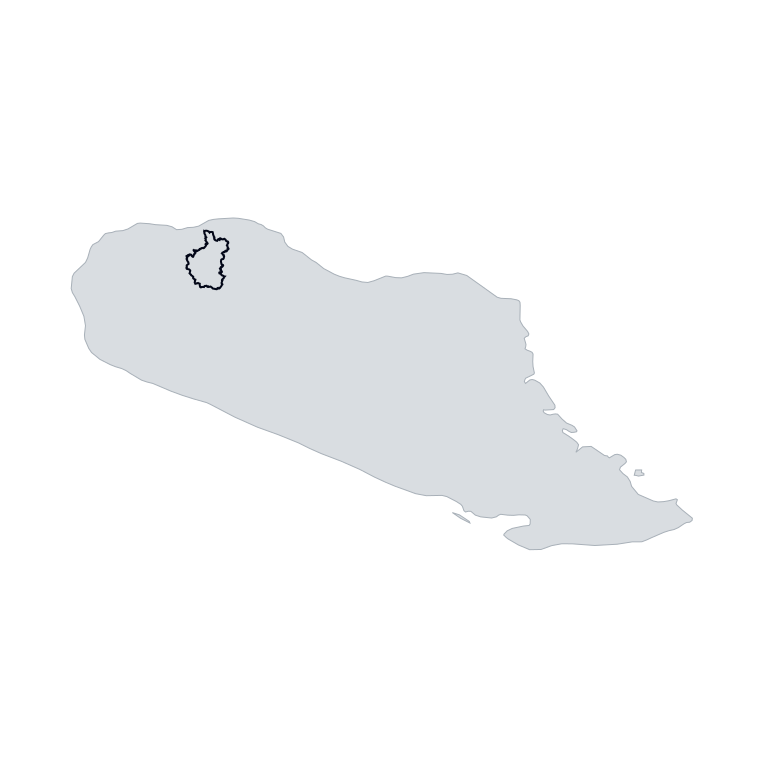 Sakaraha, Atsimo-Andrefana, Madagascar (highlighted), rotated 97°
{"feature_id": "10022922B49716742274905", "entity_name": "Sakaraha", "entity_type": "district", "adm_level": 2, "iso_a3": "MDG", "parent_name": "Madagascar", "parent_adm1": "Atsimo-Andrefana", "projection": "natural_earth1", "projection_center": [44.417, -22.83], "detail": "fine", "context": "in_parent", "style": "outline", "palette": "ink", "viewbox_px": 768, "rotation_deg": 97, "n_neighbors": 0, "source": "geoboundaries", "source_scale": "gbopen_adm2", "svg_char_len": 9018}
<svg xmlns="http://www.w3.org/2000/svg" viewBox="0 0 768 768"><g transform="rotate(97 384 384)"><path d="M493.1,78.4L494.9,83.4L497.1,88.1L503.9,99.7L506.7,104.2L509.2,108.9L510.4,118.3L514.6,133.0L518.6,155.1L519.7,177.7L520.9,188.1L524.0,197.9L529.1,208.0L530.7,219.3L527.4,230.9L522.7,241.9L521.5,243.9L519.4,246.7L518.4,246.6L514.7,243.8L511.7,239.1L508.0,228.3L506.7,222.7L505.1,221.9L500.6,222.3L497.4,225.8L496.8,227.9L497.4,234.1L498.6,239.6L499.1,245.2L499.1,252.3L500.3,254.4L502.1,256.2L503.9,260.8L504.1,271.8L503.0,277.4L499.8,282.2L500.0,284.8L501.1,287.5L500.0,289.2L495.8,291.3L494.1,293.1L491.8,297.9L488.1,307.9L487.5,312.9L489.7,328.4L489.0,339.3L484.2,360.2L481.4,370.2L477.6,382.0L471.7,397.7L465.8,417.3L460.8,437.5L457.1,449.7L452.9,461.6L447.2,482.8L442.3,504.3L435.1,527.9L425.2,554.3L424.1,557.7L422.0,571.2L419.8,582.9L417.1,594.5L411.6,613.6L410.9,619.5L409.7,625.2L404.4,637.2L402.1,641.7L400.6,646.4L399.6,652.4L398.1,658.2L394.2,668.9L388.4,678.1L384.6,681.4L376.2,686.3L371.9,687.3L362.5,687.4L353.4,690.1L343.9,695.5L334.8,701.6L331.3,704.4L327.4,706.1L315.4,706.4L311.8,705.1L299.7,695.1L295.0,693.5L286.2,692.1L283.5,691.2L281.1,689.9L277.5,684.7L270.4,680.3L268.7,678.9L267.6,675.9L266.8,672.6L265.0,668.9L263.6,661.9L261.3,657.0L254.7,648.4L254.0,645.6L253.5,636.4L253.7,630.2L253.0,618.8L253.8,613.5L256.1,608.7L255.1,603.5L252.7,598.0L251.7,592.3L249.9,587.2L243.0,577.9L241.4,573.3L240.3,568.6L237.6,553.8L237.3,548.7L237.7,537.8L238.6,532.2L240.3,528.3L240.7,525.4L241.8,522.9L243.4,520.9L244.5,518.5L247.1,504.7L250.3,501.6L255.2,499.8L259.1,496.2L261.3,491.3L263.5,481.2L269.6,471.2L271.8,465.9L276.8,457.9L281.1,446.7L282.5,441.4L283.4,436.0L284.5,424.2L285.4,418.3L285.2,412.4L282.7,406.4L276.7,395.5L276.5,393.5L277.0,385.4L276.5,379.5L274.3,373.7L271.4,368.2L268.6,357.9L267.3,340.9L267.6,334.8L266.7,329.4L264.7,324.2L266.2,315.1L284.1,282.2L284.7,278.3L283.9,268.3L284.3,262.4L284.9,260.3L286.3,259.0L289.4,258.4L303.9,256.9L305.8,255.9L309.4,253.2L314.4,247.8L316.7,246.3L318.6,246.8L319.9,249.1L321.5,250.4L327.4,247.9L329.6,247.9L331.9,248.3L333.0,246.0L333.7,243.0L334.5,240.9L336.1,239.7L343.6,239.1L348.5,238.2L354.7,236.1L356.0,236.5L361.0,244.1L362.6,244.7L364.5,245.0L366.2,243.6L362.2,239.7L361.5,237.5L361.8,234.9L364.0,229.5L367.6,225.4L375.8,219.1L384.2,211.8L386.7,211.3L388.7,212.5L390.3,221.1L390.1,222.5L391.5,222.7L393.0,221.6L394.4,218.1L394.5,215.3L393.4,212.5L392.8,210.2L392.8,208.0L397.1,203.0L400.5,198.1L402.1,192.4L403.4,189.7L407.0,186.7L408.0,187.2L408.8,189.6L409.3,192.2L408.4,194.8L407.1,197.3L406.5,200.7L408.5,201.3L410.4,200.5L413.2,194.4L416.4,188.6L418.3,185.6L420.6,183.5L424.6,184.0L428.4,185.2L422.2,179.2L420.7,170.8L428.1,156.4L428.2,153.4L429.3,152.4L429.8,151.3L426.0,146.4L425.3,144.0L425.8,140.3L427.6,137.0L429.3,134.8L431.7,133.9L433.5,135.1L437.7,139.2L440.4,139.8L443.8,135.9L446.6,131.1L450.7,127.8L455.4,125.8L462.6,118.2L467.3,102.4L467.7,97.8L466.7,92.2L465.1,86.9L462.4,80.2L463.1,78.7L467.0,79.6L468.3,78.7L472.6,72.8L479.6,61.6L481.9,61.6L483.9,63.7L484.6,66.8L486.0,69.0L490.7,74.4L493.1,78.4ZM444.0,122.8L444.1,124.5L438.7,123.8L437.9,117.8L440.5,117.7L441.1,115.2L442.7,114.9L444.4,120.2L444.0,122.8ZM507.9,291.7L503.3,300.5L504.7,293.2L510.0,282.6L511.5,281.8L507.9,291.7Z" fill="#d9dde1" stroke="#a8b0b8" stroke-width="1"/><path d="M310.4,562.1L310.3,561.9L310.2,561.4L309.1,561.0L309.0,560.8L308.9,560.6L309.3,560.4L309.3,560.2L309.4,559.8L309.4,559.4L309.2,559.1L308.7,558.9L308.6,558.6L308.4,558.6L308.3,558.4L306.7,557.4L305.8,557.2L305.1,556.6L304.7,556.5L304.2,557.0L304.1,557.3L303.7,557.5L302.9,557.5L302.1,557.2L301.6,557.2L301.4,557.3L300.9,557.0L300.7,557.2L300.6,557.5L300.4,557.5L299.5,557.0L299.1,556.4L298.4,556.0L298.2,555.9L297.8,556.0L297.5,555.8L297.2,555.7L297.0,555.4L296.7,555.2L296.7,555.4L296.7,555.9L296.4,556.4L296.2,556.6L296.1,557.1L296.0,557.3L296.1,557.6L296.0,557.9L295.7,558.2L295.5,558.5L295.4,558.6L295.3,558.9L295.0,559.0L294.8,559.2L294.5,559.2L294.3,559.3L294.4,560.2L294.3,560.8L293.7,561.1L293.4,561.0L293.2,560.9L292.8,559.1L292.6,558.6L292.4,558.6L292.2,558.6L291.9,559.0L291.4,559.2L291.2,559.6L290.9,559.8L290.7,559.8L290.6,560.3L290.2,560.3L290.2,560.2L290.0,560.3L290.1,560.5L289.9,560.6L289.6,560.6L289.4,560.8L289.3,560.7L289.2,560.5L289.2,560.1L288.9,560.2L288.7,560.5L288.4,560.4L288.3,560.1L288.0,559.9L287.8,559.9L287.8,559.7L287.9,559.4L287.7,559.2L287.4,558.9L287.0,558.8L286.8,558.4L286.6,558.4L286.4,558.6L286.1,558.2L285.9,558.1L285.7,558.2L285.7,558.5L285.4,558.6L285.3,558.9L285.6,559.4L284.5,560.1L283.8,560.2L282.9,560.6L282.1,560.8L281.6,560.7L280.9,560.8L280.1,560.4L279.8,559.8L279.6,558.9L279.4,558.8L279.1,558.5L278.8,558.4L278.1,558.4L277.9,558.3L277.3,558.5L277.1,558.3L276.8,558.2L276.5,558.3L276.2,558.6L275.6,558.7L275.4,559.6L275.0,560.0L274.6,560.1L274.3,560.3L273.7,560.4L273.7,560.6L273.3,560.4L273.1,559.9L272.9,559.5L272.5,559.3L272.6,558.5L271.5,557.9L271.6,557.6L271.4,557.6L271.3,557.3L271.4,557.1L271.0,557.0L271.1,556.2L270.0,555.8L269.5,555.7L269.6,555.4L269.3,554.9L269.2,554.9L268.6,554.8L268.4,555.0L268.4,555.5L268.0,555.3L267.9,555.3L267.3,555.9L267.0,555.9L266.5,556.1L266.3,556.1L266.1,556.5L265.5,556.9L264.9,556.5L264.2,556.5L263.5,555.9L263.2,556.0L262.8,555.8L262.6,555.9L262.2,555.9L261.9,556.1L261.6,556.4L261.6,556.6L261.8,556.7L261.5,557.1L261.6,557.3L261.6,557.5L261.3,558.0L260.9,558.5L260.2,558.7L260.0,558.9L259.3,560.2L259.4,560.4L259.6,560.6L259.8,560.6L259.9,560.8L259.8,561.2L259.9,561.5L260.1,561.7L260.1,562.1L260.1,562.6L259.9,562.9L260.0,563.4L259.7,563.5L259.5,563.8L259.4,563.9L259.5,564.1L259.4,564.5L259.7,564.7L260.0,564.6L260.2,564.4L261.1,564.7L260.9,565.2L260.7,565.4L260.4,565.6L260.3,566.0L260.6,566.3L260.9,566.5L261.2,566.5L261.7,566.7L261.8,566.9L262.2,567.0L262.2,567.4L262.0,568.6L261.9,568.8L261.6,569.1L261.5,569.6L261.3,569.7L260.6,570.3L259.9,570.0L259.1,570.2L258.9,570.3L258.8,570.7L258.7,570.7L257.9,571.1L257.5,571.2L257.0,571.6L256.7,571.8L256.3,571.8L255.9,572.0L255.4,572.1L255.0,572.3L254.5,572.4L254.1,572.6L254.1,573.8L254.3,574.9L254.5,575.3L255.0,575.6L254.9,575.7L254.8,575.8L254.5,575.8L254.3,575.8L254.2,576.0L254.1,576.3L254.1,576.6L254.1,576.8L253.7,577.3L253.5,578.5L253.5,578.9L253.6,579.6L253.8,580.2L254.1,580.6L254.2,580.9L254.1,581.1L254.9,581.1L255.6,580.6L255.8,580.6L256.5,580.6L258.1,579.4L258.4,579.3L259.2,579.3L259.4,579.2L259.7,578.8L259.9,578.3L260.1,578.2L260.5,578.7L261.0,579.1L261.1,578.9L262.0,578.5L262.5,578.5L262.8,578.7L263.2,578.8L263.5,578.5L263.8,578.1L264.1,577.9L264.7,577.3L265.0,577.0L265.8,576.3L265.9,576.2L266.1,576.2L266.2,576.3L266.6,576.6L266.4,577.2L266.3,577.8L266.6,578.1L267.0,578.2L267.3,577.8L267.5,577.4L267.9,577.5L268.3,577.7L268.6,577.7L269.5,578.2L270.2,578.9L270.5,578.9L271.0,579.3L271.2,579.6L271.2,579.8L271.2,580.0L271.0,580.4L271.3,581.0L271.3,581.5L271.4,581.8L271.6,582.0L272.0,582.1L272.2,582.5L272.3,583.1L272.4,583.4L272.6,583.5L272.9,583.3L273.4,583.6L273.9,584.7L274.0,584.8L274.2,585.1L274.4,585.3L274.6,585.3L274.7,585.5L274.7,585.8L275.1,586.2L275.2,586.5L274.3,586.7L274.2,586.9L274.3,587.0L274.4,587.3L274.7,587.5L275.0,587.2L275.8,587.6L275.4,587.8L274.2,588.9L274.1,589.1L274.3,589.3L274.7,589.2L275.8,588.1L276.9,587.2L277.4,587.6L278.2,587.9L278.2,588.1L278.5,588.1L278.9,588.5L279.8,588.6L280.6,588.8L281.0,588.9L281.1,589.2L280.4,590.4L280.2,590.5L279.8,590.6L279.2,591.1L279.0,592.4L279.0,592.6L279.2,592.9L279.5,592.9L279.6,593.0L279.6,593.6L279.8,593.9L280.1,594.2L280.1,594.5L280.6,594.8L280.9,595.4L281.0,595.5L281.2,595.1L281.2,594.2L281.9,595.0L282.1,595.0L282.2,594.9L282.4,594.9L282.5,594.7L283.0,594.7L283.2,594.8L283.3,595.2L283.9,595.2L284.4,595.0L284.8,594.5L285.3,594.5L285.7,594.2L286.1,593.9L286.5,593.6L286.9,593.1L287.5,593.0L287.7,592.8L288.4,592.6L288.7,592.6L288.9,592.8L289.9,594.0L290.3,594.3L290.5,594.3L290.8,594.1L291.4,594.0L291.6,594.1L292.2,594.3L292.3,594.3L292.8,593.7L293.1,593.8L293.5,594.0L293.8,593.7L293.8,593.0L294.0,592.0L294.0,591.6L294.0,591.3L294.6,590.5L294.9,590.2L295.2,590.1L295.4,590.1L296.5,590.3L297.4,590.3L297.8,590.5L298.3,590.0L299.0,588.8L299.2,588.7L299.5,588.7L299.8,588.3L300.1,587.4L300.8,586.4L301.1,586.3L301.4,586.4L302.0,586.4L302.4,586.2L302.7,585.8L302.9,585.2L303.2,584.8L303.4,583.9L303.5,583.9L303.6,584.2L303.9,584.4L304.1,584.4L304.8,584.1L306.2,584.3L306.6,584.1L307.2,583.7L307.5,583.5L307.3,583.2L307.3,582.7L306.9,582.2L306.9,581.8L306.7,581.7L306.4,580.9L306.6,580.7L306.9,579.1L308.1,579.0L309.1,578.7L309.4,578.4L309.9,578.4L310.1,578.3L310.4,577.8L310.4,577.4L310.0,576.9L309.7,575.6L309.7,574.5L309.0,574.3L308.5,573.8L308.5,573.1L308.1,572.4L308.1,572.2L308.2,571.8L308.9,571.4L309.1,571.1L309.1,570.8L309.1,570.5L308.7,570.2L308.8,570.1L308.9,569.9L309.0,569.6L308.8,569.3L308.7,568.7L308.5,568.3L308.4,568.0L308.5,567.8L308.9,567.2L309.4,566.2L309.6,566.1L309.9,565.9L310.1,565.6L310.2,565.1L310.1,564.6L310.2,563.5L310.3,563.3L310.2,563.0L310.4,562.1Z" fill="none" stroke="#020617" stroke-width="2"/></g></svg>